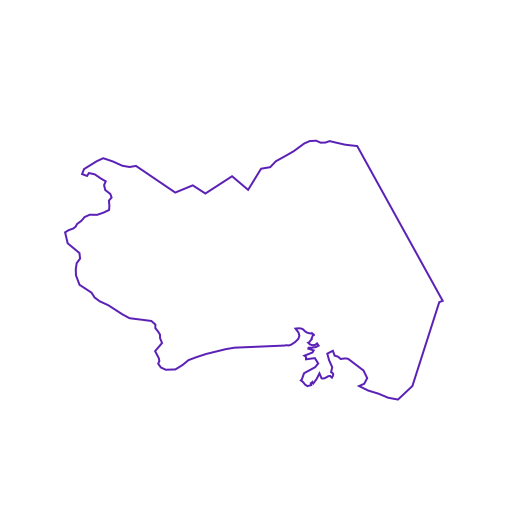 SVG path tracing the border of Mwanza, rotated 109°
{"feature_id": "TZA-3357", "entity_name": "Mwanza", "entity_type": "Region", "adm_level": 1, "iso_a3": "TZA", "parent_name": "United Republic of Tanzania", "parent_adm1": "", "projection": "equal_earth", "projection_center": [33.157, -2.458], "detail": "fine", "context": "isolated", "style": "outline", "palette": "violet", "viewbox_px": 512, "rotation_deg": 109, "n_neighbors": 0, "source": "natural_earth", "source_scale": "10m", "svg_char_len": 2271}
<svg xmlns="http://www.w3.org/2000/svg" viewBox="0 0 512 512"><g transform="rotate(109 256 256)"><path d="M237.6,64.9L240.0,67.7L328.0,65.8L345.5,75.0L347.0,84.9L346.3,95.5L346.7,106.2L345.4,116.2L341.6,112.1L335.3,111.1L329.3,117.0L323.2,135.5L323.8,138.4L325.8,142.4L324.7,145.0L324.5,146.4L324.6,149.3L324.1,149.6L320.6,152.5L325.1,156.8L330.7,153.0L336.4,147.7L341.4,147.2L341.8,145.3L342.8,144.4L344.4,144.3L346.3,144.6L345.3,146.9L346.1,148.5L349.2,151.2L350.3,153.4L350.1,154.4L346.3,157.8L352.4,158.6L358.1,160.4L357.8,161.2L357.7,161.4L357.0,161.8L358.1,162.4L358.5,162.8L358.9,162.6L360.1,161.8L362.3,165.0L361.6,167.8L359.9,170.4L359.0,173.1L357.9,172.5L351.2,172.4L341.9,163.9L337.4,162.2L333.4,167.1L337.4,175.1L335.4,175.7L334.9,176.4L334.5,177.8L328.9,171.2L326.5,170.7L326.6,176.4L325.6,176.4L324.6,173.5L322.6,169.7L320.4,167.6L318.8,169.8L320.9,171.2L322.0,173.6L322.0,176.3L321.0,178.4L320.4,177.7L316.8,176.4L316.8,176.6L312.8,176.4L312.1,176.1L311.8,175.6L311.5,175.8L310.8,177.8L311.2,177.8L311.5,179.5L311.8,181.5L311.8,183.0L311.3,185.0L310.0,187.7L309.9,189.7L310.2,191.3L310.7,192.7L311.8,195.0L314.4,191.0L317.3,189.0L320.6,189.0L324.6,191.0L328.3,193.8L329.9,195.8L330.5,198.3L331.4,199.9L349.7,246.5L353.9,254.2L364.9,271.3L371.2,279.6L376.4,285.9L382.9,289.9L389.5,295.3L392.9,304.2L392.4,309.6L389.7,313.4L386.8,313.2L384.3,314.6L378.8,320.4L368.9,316.5L365.0,319.9L361.6,321.2L359.2,324.1L357.0,327.7L353.6,328.8L351.5,333.8L356.0,355.4L354.7,363.2L350.6,379.9L349.7,389.1L347.8,395.1L344.2,399.6L340.7,413.5L332.9,419.9L327.2,422.1L321.1,423.2L315.7,421.5L310.7,423.9L305.3,438.2L295.8,444.2L292.5,441.5L289.6,437.8L287.0,436.1L284.0,435.6L279.6,432.6L274.9,430.7L271.1,426.6L268.8,419.6L264.7,414.4L260.3,409.9L256.2,411.0L251.5,413.1L247.7,411.6L244.8,413.9L242.7,420.0L238.5,422.7L234.3,422.4L233.3,427.7L231.3,435.0L232.0,441.0L235.3,441.8L235.2,447.1L229.8,446.9L218.3,437.5L213.3,432.3L213.2,422.4L214.2,411.7L213.0,404.5L209.9,398.8L222.3,353.0L209.8,338.8L213.4,324.2L188.4,304.6L196.0,285.0L171.8,279.6L167.4,271.5L160.0,268.1L154.1,262.8L144.8,254.6L133.9,247.0L129.9,242.7L127.4,236.7L127.8,231.8L126.2,227.4L123.4,223.8L122.8,217.6L121.7,207.7L119.1,196.1L237.6,64.9Z" fill="none" stroke="#5b21b6" stroke-width="2"/></g></svg>